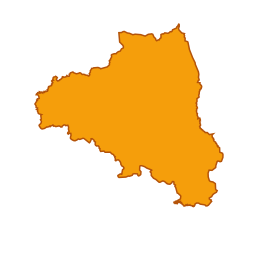 Ponorogo, Jawa Timur, Indonesia, rotated 76°
{"feature_id": "22746128B39928875112308", "entity_name": "Ponorogo", "entity_type": "district", "adm_level": 2, "iso_a3": "IDN", "parent_name": "Indonesia", "parent_adm1": "Jawa Timur", "projection": "robinson", "projection_center": [111.509, -7.971], "detail": "fine", "context": "isolated", "style": "filled", "palette": "amber", "viewbox_px": 256, "rotation_deg": 76, "n_neighbors": 0, "source": "geoboundaries", "source_scale": "gbopen_adm2", "svg_char_len": 5757}
<svg xmlns="http://www.w3.org/2000/svg" viewBox="0 0 256 256"><g transform="rotate(76 128 128)"><path d="M98.6,47.3L95.9,47.4L93.1,46.3L90.5,46.1L82.6,47.3L80.9,47.1L75.4,48.3L66.9,49.4L59.3,49.1L58.7,49.3L57.2,51.6L54.6,50.8L53.4,51.4L52.2,50.8L50.7,51.0L50.1,50.4L48.7,52.9L45.2,54.8L43.6,54.9L41.8,53.7L39.8,53.3L39.5,53.7L41.2,55.2L41.7,56.2L42.7,56.7L43.5,61.0L44.7,61.8L45.1,62.5L44.7,63.7L45.4,64.7L45.8,66.3L44.6,69.3L45.3,70.7L45.0,72.0L45.3,73.4L48.5,74.2L48.8,75.2L50.1,76.5L49.8,77.3L50.3,79.0L49.2,79.7L47.9,79.6L46.0,80.8L43.1,81.3L42.4,82.2L42.0,85.7L43.0,89.1L40.5,93.1L38.7,98.4L38.7,100.7L36.5,103.6L35.6,105.7L33.4,108.3L33.3,109.4L33.8,111.3L33.3,113.8L42.6,115.3L46.6,112.9L48.3,112.8L49.2,113.3L49.7,115.2L51.5,116.9L51.6,119.0L52.4,120.8L53.0,121.3L52.6,123.5L52.8,125.8L53.2,126.5L55.1,126.7L56.8,128.3L57.7,128.5L57.7,129.2L58.2,129.9L60.1,129.8L60.8,130.5L62.2,130.7L63.7,133.4L63.9,140.2L63.2,140.7L62.0,142.5L61.3,146.9L61.6,147.9L61.4,148.9L61.8,149.0L63.4,150.8L64.7,151.0L66.0,152.5L67.1,152.2L67.9,153.0L68.0,153.9L67.1,154.5L66.3,156.7L65.7,156.9L65.0,158.6L65.0,159.5L63.1,160.7L62.7,161.9L63.0,162.5L62.9,165.0L61.1,167.5L60.3,167.9L60.6,170.6L61.3,171.0L61.6,171.9L61.9,171.7L63.5,172.5L63.3,174.0L62.3,174.6L63.3,175.7L63.3,177.4L62.4,179.0L62.5,179.3L63.3,179.2L63.4,179.8L64.7,181.8L64.7,182.7L65.3,183.5L65.4,184.8L64.5,185.5L63.3,185.7L62.0,184.4L60.9,185.1L60.3,185.8L60.7,186.5L60.6,187.7L60.9,188.3L62.7,189.2L63.6,188.8L63.5,190.2L63.9,190.7L64.4,190.5L64.3,190.1L64.9,190.5L65.9,190.0L66.8,191.4L67.1,191.2L67.6,191.8L68.3,191.9L68.6,195.0L69.3,195.0L69.8,195.8L70.7,195.8L71.4,197.2L72.2,196.9L72.2,197.3L72.8,197.4L72.8,198.9L72.3,199.3L73.1,200.4L72.4,200.7L73.0,201.2L72.6,202.3L73.3,202.4L72.2,203.5L72.8,203.9L72.9,204.5L72.8,205.2L71.6,204.9L71.3,205.3L72.0,205.6L72.4,206.2L71.9,207.1L72.5,207.6L72.8,208.5L73.5,209.0L73.9,207.7L74.5,207.2L76.0,206.9L77.7,207.0L77.8,208.7L78.2,208.6L78.5,209.3L78.7,209.0L79.4,209.2L79.4,210.0L80.2,210.4L82.2,212.5L84.2,211.8L85.9,212.2L86.7,210.9L87.7,211.4L88.0,212.1L88.5,211.2L90.2,211.8L91.0,211.4L91.8,211.6L92.7,211.0L94.1,208.6L94.3,209.2L94.8,209.6L98.4,210.0L98.8,210.9L100.6,210.4L101.8,210.9L102.7,211.7L103.4,213.2L104.2,213.7L106.9,212.8L107.9,212.0L108.2,211.4L108.2,209.1L107.3,206.4L107.7,205.6L107.4,204.3L107.7,203.5L107.5,203.4L107.8,203.2L107.2,202.4L107.4,201.3L106.9,200.1L108.3,199.6L108.3,198.7L109.2,197.7L109.3,194.4L110.5,192.9L110.8,192.9L111.0,191.8L110.3,191.4L109.5,189.4L109.8,188.4L110.6,188.0L110.8,185.7L112.8,185.4L114.7,186.1L117.3,186.0L117.4,186.8L118.0,187.6L118.8,187.9L119.5,187.4L119.0,186.0L119.4,184.8L121.4,185.1L123.1,186.1L124.3,186.3L125.4,185.6L127.0,183.9L127.6,182.5L127.2,180.3L126.6,178.9L127.4,177.5L127.1,174.1L127.6,173.2L133.0,169.1L132.4,168.1L130.0,166.3L129.5,166.3L129.7,165.3L131.9,163.8L132.9,164.0L133.7,163.0L135.8,163.8L137.0,163.6L138.0,162.6L138.0,161.5L138.3,161.0L139.6,160.6L140.6,160.9L141.2,160.2L142.4,160.6L144.1,160.2L144.6,156.9L146.0,156.1L147.2,151.1L149.1,150.0L150.2,148.6L151.8,148.1L152.7,147.4L153.0,147.9L154.7,147.7L156.4,148.2L156.9,147.7L156.4,146.9L156.5,145.2L157.2,144.5L158.6,143.8L160.4,143.5L161.5,143.7L163.3,143.2L164.2,142.2L165.4,141.6L166.5,141.9L167.2,143.4L171.4,145.3L170.7,146.6L171.6,149.3L172.8,149.4L173.8,148.7L175.1,141.9L174.7,139.3L175.1,138.4L175.1,137.0L174.9,135.3L173.9,134.4L173.8,133.1L174.8,130.0L176.5,129.8L177.1,129.2L176.8,128.0L176.2,126.9L173.6,126.0L171.6,126.9L168.2,125.9L167.7,125.5L167.6,125.1L168.0,123.6L169.5,121.3L171.5,119.4L174.5,115.2L174.8,115.2L175.3,116.4L175.9,117.1L177.4,116.3L179.7,116.9L182.9,115.4L184.8,113.3L188.0,111.1L188.4,110.2L187.8,107.4L188.1,106.3L189.6,104.8L191.2,103.9L191.4,103.2L192.0,102.9L192.7,100.9L191.8,98.8L190.7,97.9L190.9,97.1L191.5,96.5L193.6,97.0L194.9,95.8L195.8,96.6L197.4,96.1L203.0,96.0L203.8,94.9L204.8,94.5L206.2,93.4L207.0,93.3L209.5,94.3L210.2,97.0L211.2,96.9L211.2,97.5L210.8,98.1L211.1,98.5L210.7,98.8L211.1,99.2L210.6,99.8L211.3,100.8L211.2,101.4L211.8,101.4L212.1,100.7L212.6,100.7L212.7,100.4L212.4,99.0L213.3,98.8L213.4,98.5L212.2,97.5L211.7,97.6L212.4,96.6L212.2,96.3L211.7,96.5L211.8,95.2L212.7,95.9L213.3,95.3L213.0,94.7L213.7,94.6L213.6,94.1L214.7,94.1L215.0,93.6L215.7,93.4L216.7,92.5L217.3,92.5L217.3,90.9L216.6,90.4L217.1,89.9L216.7,89.3L217.5,89.3L217.6,88.5L217.2,88.4L217.8,87.2L217.5,86.5L218.1,86.4L219.1,84.4L219.6,84.3L220.1,83.5L220.0,83.0L219.5,83.1L219.7,82.6L219.4,82.1L218.0,81.3L217.4,79.6L218.0,77.6L219.3,76.4L221.2,72.0L222.5,71.2L222.7,70.0L222.3,68.6L219.4,64.6L218.7,65.1L218.0,64.7L217.7,65.4L216.5,66.3L215.5,66.0L214.9,63.5L213.3,62.0L212.6,60.7L211.7,57.7L210.3,56.6L209.3,57.6L208.6,57.8L203.1,56.7L200.9,58.6L199.8,61.0L198.7,61.8L194.9,62.0L191.1,61.2L188.5,59.5L189.4,56.7L187.6,52.5L185.6,51.8L182.1,49.6L181.8,48.8L182.3,47.6L183.0,46.9L182.9,45.4L179.6,43.1L176.8,42.3L175.4,42.4L173.6,44.8L169.4,43.9L168.0,45.0L168.0,45.4L167.4,45.6L167.1,45.1L166.6,45.6L164.6,45.9L164.1,46.5L163.2,46.3L161.3,47.8L159.9,47.8L159.7,47.5L159.4,47.8L158.6,47.6L157.7,48.4L155.8,48.3L155.0,48.0L154.3,46.8L154.1,50.6L151.6,52.2L151.1,54.2L150.1,54.6L148.9,55.8L147.9,56.1L147.3,57.1L146.7,57.0L145.5,58.1L144.7,57.8L144.1,58.2L143.7,58.1L143.0,57.0L141.6,56.8L140.9,57.2L139.9,56.7L138.7,56.9L138.4,56.8L138.4,56.1L137.6,56.3L137.2,55.8L135.7,56.0L135.9,58.0L134.6,57.4L132.2,57.8L130.9,57.2L130.6,57.6L127.9,57.5L127.1,56.9L125.9,56.8L125.4,55.8L124.4,55.8L123.4,56.3L121.6,55.6L120.8,55.5L120.3,55.9L119.1,54.7L116.2,54.0L115.2,51.6L113.1,51.4L112.2,50.7L109.7,49.9L109.2,49.2L108.1,48.9L107.6,47.5L106.9,47.5L106.7,47.0L105.7,46.5L104.7,46.5L102.5,47.6L101.5,47.2L100.6,49.5L98.9,48.3L98.6,47.3Z" fill="#f59e0b" stroke="#b45309" stroke-width="1.5"/></g></svg>